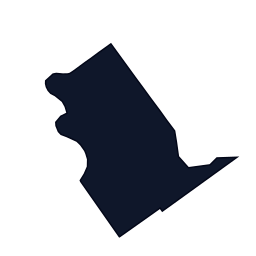 outline of Wyandotte, Kansas, United States of America, rotated 234°
{"feature_id": "52423323B35969743598572", "entity_name": "Wyandotte", "entity_type": "district", "adm_level": 2, "iso_a3": "USA", "parent_name": "United States of America", "parent_adm1": "Kansas", "projection": "robinson", "projection_center": [-94.709, 39.097], "detail": "fine", "context": "isolated", "style": "filled", "palette": "ink", "viewbox_px": 256, "rotation_deg": 234, "n_neighbors": 0, "source": "geoboundaries", "source_scale": "gbopen_adm2", "svg_char_len": 816}
<svg xmlns="http://www.w3.org/2000/svg" viewBox="0 0 256 256"><g transform="rotate(234 128 128)"><path d="M206.1,163.6L206.1,163.2L206.2,149.1L206.1,138.4L206.2,133.1L206.1,117.1L206.3,113.1L207.0,111.2L209.9,107.0L214.3,102.0L215.7,99.0L214.6,89.2L212.3,87.4L209.2,86.1L205.3,85.5L201.5,85.9L197.0,88.1L188.1,90.5L182.3,89.8L175.8,87.5L177.0,80.5L176.0,76.6L175.1,73.0L172.1,71.1L166.0,69.6L162.2,70.1L157.2,73.4L147.4,78.9L142.2,79.8L135.1,79.7L132.1,79.0L126.4,77.0L120.5,72.5L116.5,65.7L113.6,58.6L112.3,58.3L45.1,57.1L45.0,57.7L44.4,106.9L40.6,106.9L40.3,198.9L51.5,182.3L50.0,172.6L60.3,153.5L75.3,152.0L88.2,158.9L98.3,164.0L106.1,163.9L111.3,163.8L121.6,163.9L122.9,163.9L139.5,163.7L152.3,163.7L162.6,163.6L172.9,163.6L179.3,163.6L206.1,163.6Z" fill="#0f172a" stroke="#020617" stroke-width="1.5"/></g></svg>